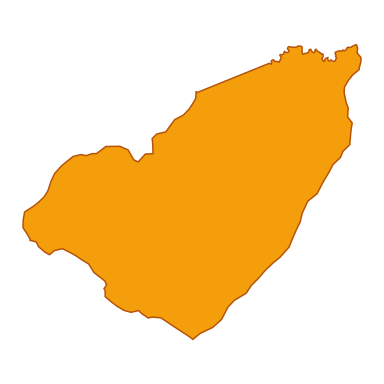 Anadiou, Paphos, Cyprus (Natural Earth projection)
{"feature_id": "46923920B35556705547114", "entity_name": "Anadiou", "entity_type": "district", "adm_level": 2, "iso_a3": "CYP", "parent_name": "Cyprus", "parent_adm1": "Paphos", "projection": "natural_earth1", "projection_center": [32.568, 34.955], "detail": "fine", "context": "isolated", "style": "filled", "palette": "amber", "viewbox_px": 384, "rotation_deg": 0, "n_neighbors": 0, "source": "geoboundaries", "source_scale": "gbopen_adm2", "svg_char_len": 2704}
<svg xmlns="http://www.w3.org/2000/svg" viewBox="0 0 384 384"><path d="M196.1,91.2L195.8,97.9L194.2,101.3L189.2,109.1L183.2,115.2L174.9,119.5L170.7,125.0L165.9,131.8L156.8,134.0L152.2,138.5L152.8,145.8L153.0,153.8L145.4,154.0L138.1,162.0L133.7,159.7L128.1,149.9L119.8,146.3L105.9,146.5L96.5,153.6L92.1,153.6L86.3,155.6L80.7,154.6L73.0,156.5L61.8,165.6L54.7,173.4L51.2,180.8L47.9,190.8L44.1,196.9L39.0,201.8L33.6,206.1L24.6,212.0L23.2,219.9L23.0,227.7L26.9,233.6L30.0,238.9L30.0,240.3L36.2,241.9L38.6,246.7L44.7,252.0L49.5,254.7L54.6,250.5L62.4,248.7L70.1,252.5L76.6,256.2L81.9,259.9L88.7,264.0L94.1,272.7L100.0,277.2L104.8,280.9L106.6,285.0L104.0,288.7L105.1,290.4L105.2,296.7L111.8,302.3L117.3,306.4L124.0,310.4L131.0,312.3L138.6,310.6L141.7,313.6L148.2,318.0L152.2,317.1L160.8,317.8L172.3,325.5L189.7,336.9L192.9,339.4L200.1,333.4L212.9,327.3L221.5,319.5L228.0,307.0L234.4,300.3L246.2,293.2L251.3,285.4L257.4,279.4L265.8,269.8L273.9,262.2L279.6,257.7L289.0,247.2L292.3,239.2L296.0,230.5L300.2,221.8L302.2,213.3L307.7,201.3L317.1,193.7L323.2,181.9L329.1,172.1L332.9,164.7L340.5,157.4L343.0,151.3L349.8,144.6L350.4,137.1L351.1,129.7L352.2,123.0L347.6,116.8L348.2,108.1L346.2,102.5L344.1,92.7L344.5,87.1L348.2,80.6L352.8,74.8L359.2,69.5L359.2,68.2L360.8,62.0L361.0,57.7L357.1,52.7L357.6,48.2L356.7,45.1L355.9,44.6L355.4,44.9L354.2,45.5L353.4,45.9L352.3,46.3L351.8,46.6L351.3,47.2L350.6,47.5L350.1,47.4L348.9,47.3L348.0,47.3L347.0,47.8L346.8,48.5L346.4,49.4L345.3,50.3L344.4,50.8L343.7,50.8L342.8,50.0L342.0,50.9L341.7,51.0L341.4,51.1L341.1,51.2L340.7,51.1L339.6,50.7L338.7,50.9L337.5,51.4L336.3,51.8L335.6,52.1L335.3,52.3L335.3,54.3L335.8,54.8L336.0,55.5L335.6,56.6L335.9,57.0L336.4,57.4L336.6,57.9L335.8,59.1L335.3,60.7L334.8,61.2L334.1,61.4L333.5,61.3L332.4,60.8L331.8,60.4L331.3,60.1L330.6,60.1L329.9,60.9L329.0,61.1L328.6,60.8L327.8,59.4L327.8,57.6L325.8,58.3L324.6,59.8L324.6,61.1L324.1,61.2L323.5,61.3L323.1,60.9L322.7,60.3L322.1,59.4L322.2,58.3L322.9,57.2L323.2,55.6L322.9,54.2L321.9,53.7L321.6,53.9L321.1,53.9L319.9,52.5L319.0,52.1L317.5,51.0L315.9,49.3L315.0,50.2L315.0,51.4L314.5,52.6L313.5,52.6L311.8,51.4L310.8,49.4L309.9,49.4L309.2,49.8L308.4,52.4L307.1,53.2L305.4,53.3L303.3,54.1L302.6,54.0L302.2,52.5L301.9,49.8L302.2,48.1L301.9,46.8L301.1,46.2L298.2,46.0L296.5,47.1L294.7,47.2L292.5,47.3L291.5,47.2L289.5,46.6L288.2,47.0L287.4,48.5L288.9,50.9L288.7,51.7L288.3,52.2L287.4,52.6L285.8,52.3L284.4,51.4L284.1,52.0L283.7,53.5L283.1,54.4L282.7,54.6L282.1,54.7L280.6,54.5L280.1,54.6L279.9,55.5L281.4,57.7L279.2,62.0L277.1,61.4L275.4,61.7L273.5,59.9L272.4,60.0L271.2,61.0L271.8,62.4L271.2,64.1L269.3,63.3L230.5,79.0L196.7,92.7L196.1,91.2Z" fill="#f59e0b" stroke="#b45309" stroke-width="1.5"/></svg>